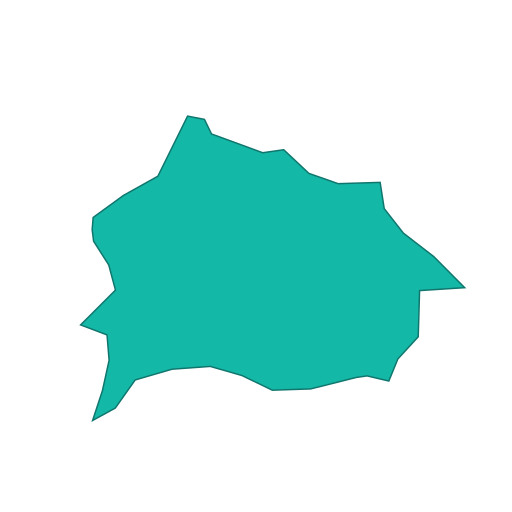 the border of Bugiri, rotated 257°
{"feature_id": "UGA-3117", "entity_name": "Bugiri", "entity_type": "District", "adm_level": 1, "iso_a3": "UGA", "parent_name": "Uganda", "parent_adm1": "", "projection": "robinson", "projection_center": [33.743, 0.527], "detail": "fine", "context": "isolated", "style": "filled", "palette": "teal", "viewbox_px": 512, "rotation_deg": 257, "n_neighbors": 0, "source": "natural_earth", "source_scale": "10m", "svg_char_len": 633}
<svg xmlns="http://www.w3.org/2000/svg" viewBox="0 0 512 512"><g transform="rotate(257 256 256)"><path d="M114.9,316.0L114.2,279.3L121.6,241.7L142.7,215.4L158.7,186.6L164.6,148.6L162.4,110.4L139.5,84.7L132.5,59.8L159.4,76.1L187.4,89.4L212.6,93.1L228.3,69.6L254.4,111.4L280.4,110.5L306.9,101.1L318.6,102.3L330.2,106.0L344.9,140.6L355.8,178.3L407.7,220.8L400.7,236.5L384.9,240.1L355.1,285.8L353.3,306.9L324.6,326.1L308.0,352.3L299.8,393.5L273.3,391.6L245.2,404.7L215.4,429.1L178.2,452.2L185.5,407.6L140.8,395.9L123.8,371.1L104.3,357.3L114.2,337.2L115.1,326.5L114.9,316.0Z" fill="#14b8a6" stroke="#0f766e" stroke-width="1.5"/></g></svg>